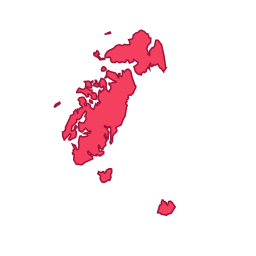 Prince of Wales-Hyder, United States of America, rotated 67°
{"feature_id": "52423323B55198873775030", "entity_name": "Prince of Wales-Hyder", "entity_type": "district", "adm_level": 2, "iso_a3": "USA", "parent_name": "United States of America", "parent_adm1": "", "projection": "robinson", "projection_center": [-133.066, 55.883], "detail": "fine", "context": "isolated", "style": "filled", "palette": "rose", "viewbox_px": 256, "rotation_deg": 67, "n_neighbors": 0, "source": "geoboundaries", "source_scale": "gbopen_adm2", "svg_char_len": 5809}
<svg xmlns="http://www.w3.org/2000/svg" viewBox="0 0 256 256"><g transform="rotate(67 128 128)"><path d="M67.2,123.7L67.9,125.7L71.2,127.3L72.7,129.6L73.2,128.9L73.1,128.0L72.0,127.0L74.5,125.9L78.5,123.0L80.4,120.9L81.2,121.6L80.1,124.4L80.4,126.3L79.3,127.7L79.3,128.1L80.6,128.4L82.4,127.5L84.9,128.2L86.2,130.3L87.4,131.2L86.4,132.0L83.4,132.8L77.9,130.4L75.2,130.6L73.8,131.0L71.9,133.3L74.3,135.9L77.9,137.5L79.0,137.7L80.5,137.1L80.5,136.0L79.7,134.5L80.5,134.1L83.6,135.4L83.1,136.9L84.1,137.7L84.5,139.1L82.1,139.1L82.7,140.3L89.9,144.3L93.4,143.3L94.3,144.5L92.9,144.8L92.8,146.2L95.2,147.1L95.2,147.7L93.1,148.2L97.5,152.5L94.2,154.5L92.1,153.9L89.6,155.2L89.2,156.5L91.1,157.8L90.6,158.7L88.7,158.7L87.8,156.6L87.0,155.9L82.7,156.7L81.8,157.9L81.2,161.0L82.5,162.9L85.2,162.0L86.6,163.2L87.4,163.1L90.2,161.9L91.5,161.9L90.9,164.3L91.8,166.8L91.1,167.2L95.4,168.6L91.7,168.6L90.8,169.1L92.0,171.8L93.7,172.3L94.2,173.9L94.1,176.1L95.6,177.1L102.8,185.2L105.2,186.3L106.3,188.4L106.1,189.8L110.0,191.3L114.1,191.4L110.6,183.7L112.1,183.3L113.1,184.0L113.9,186.0L115.6,187.1L116.6,185.8L116.2,184.2L116.1,180.1L115.2,179.0L111.8,177.1L108.9,177.4L108.3,178.0L108.8,179.4L108.8,180.8L107.8,180.9L104.2,178.5L104.4,178.0L102.4,172.8L100.1,172.0L99.9,171.4L101.1,170.4L101.1,169.8L100.2,167.2L97.7,164.3L95.8,160.8L96.4,160.1L98.9,160.9L99.0,161.8L100.4,163.2L101.4,162.6L103.4,163.0L105.1,165.1L106.1,167.4L104.4,169.7L103.5,170.0L104.2,171.6L111.1,174.1L113.4,172.6L113.7,171.5L111.6,166.9L115.7,165.9L116.0,164.8L115.6,164.2L116.4,163.5L117.0,163.8L118.0,165.2L116.2,167.9L115.6,170.1L115.8,171.0L117.4,168.4L119.2,167.9L119.6,168.8L118.3,174.0L116.8,174.3L116.8,175.7L122.0,179.3L124.8,179.9L127.8,181.8L128.3,183.2L127.5,183.6L123.5,183.2L121.0,185.6L126.7,185.5L126.9,187.2L128.7,187.6L129.4,189.0L130.4,189.1L130.5,188.4L131.5,188.1L136.2,190.4L140.9,189.9L143.8,185.1L143.5,182.7L142.8,181.8L142.6,172.4L140.4,172.0L136.1,174.7L134.1,174.4L133.8,173.6L138.1,171.8L140.4,169.4L141.3,167.6L140.3,167.4L140.3,166.4L142.4,165.3L142.9,164.5L142.1,160.4L140.4,159.6L138.8,161.1L138.8,162.3L137.6,163.4L133.4,162.5L132.4,161.5L133.1,161.1L136.0,161.5L137.4,160.3L137.8,159.3L136.7,158.9L135.0,155.0L132.6,154.4L131.2,152.2L125.8,153.0L124.6,151.4L129.4,151.1L130.3,150.7L130.0,150.4L126.8,148.7L125.8,148.8L125.0,147.2L121.6,147.7L120.4,146.8L118.4,148.9L117.0,149.0L116.8,148.6L120.2,145.2L119.4,144.4L120.6,143.8L131.6,148.2L134.5,150.3L135.9,150.0L135.8,149.4L134.0,147.4L129.4,145.2L128.3,143.7L127.0,140.1L126.0,139.2L122.8,138.8L122.4,133.1L117.4,128.2L116.3,126.4L107.3,120.5L107.0,119.9L105.5,120.1L104.9,120.7L103.7,120.0L103.5,118.6L102.2,118.6L101.6,118.0L101.1,116.1L98.4,115.3L98.2,113.9L99.0,112.2L97.5,108.9L96.8,108.7L94.0,105.2L92.6,104.4L91.1,104.9L83.6,104.5L76.9,103.4L75.2,103.9L74.4,104.9L73.9,104.8L73.6,105.6L73.8,107.1L75.0,109.5L73.2,110.2L72.9,110.8L75.8,111.8L78.2,113.5L76.9,115.1L74.7,114.1L74.3,115.1L74.8,116.2L78.1,116.8L77.8,117.4L72.7,117.9L68.8,122.7L67.2,123.7ZM87.4,69.1L86.7,69.6L75.8,66.7L64.7,64.6L59.7,65.8L58.7,66.4L58.1,68.2L63.3,71.7L64.0,73.5L63.4,74.1L65.3,77.7L69.5,79.7L68.1,80.9L66.8,79.9L62.3,79.8L59.8,77.4L58.1,73.7L54.1,71.9L53.8,73.1L49.1,73.0L48.0,74.5L45.7,75.2L43.2,77.6L43.0,78.9L43.9,81.7L43.6,83.6L44.6,86.9L46.9,88.2L47.7,89.5L46.9,92.9L50.1,92.8L51.8,94.1L50.8,97.0L49.6,98.6L50.0,101.2L47.9,103.3L47.6,106.7L49.1,110.6L49.2,115.5L50.2,118.3L52.0,120.6L54.1,121.5L55.2,119.4L55.4,117.6L56.2,116.8L59.9,117.5L61.4,117.0L62.7,114.2L62.2,112.4L64.7,110.2L64.9,107.4L66.6,105.1L66.1,103.5L65.1,102.8L65.4,101.4L68.8,101.3L69.0,97.3L67.2,96.0L71.6,93.1L73.1,94.5L73.9,98.7L78.9,99.1L81.9,98.1L83.8,96.0L83.4,95.7L84.2,94.9L82.9,93.9L82.4,91.9L83.4,91.0L83.1,89.2L81.3,88.2L80.9,86.9L80.0,85.9L82.4,85.2L80.2,84.7L77.7,83.0L77.3,82.1L78.1,82.0L79.2,82.8L80.6,82.7L80.6,80.4L79.6,80.0L81.0,78.0L80.5,75.8L85.4,75.1L85.9,74.5L90.3,73.2L89.6,72.7L87.4,69.1ZM217.5,133.9L218.6,131.9L220.3,131.1L223.4,126.6L222.9,126.4L223.3,121.4L219.1,115.4L212.9,116.7L211.9,117.6L211.6,119.3L214.5,121.8L212.8,122.6L211.7,121.9L210.2,122.8L210.4,123.4L207.8,124.0L207.6,124.7L210.0,126.8L210.9,126.5L211.8,127.7L211.4,128.7L211.7,129.2L217.5,133.9ZM68.2,150.0L70.3,149.3L74.5,151.6L75.1,153.2L74.6,155.1L72.3,157.2L72.2,157.8L74.5,160.9L75.4,161.4L76.9,157.0L80.2,154.7L83.4,153.8L83.5,151.9L81.5,151.8L81.2,151.1L83.1,149.6L84.4,149.2L85.9,150.2L88.1,148.7L89.1,146.6L89.0,146.0L86.5,144.2L83.7,144.2L82.5,145.1L82.0,146.2L82.4,146.9L80.9,147.2L79.1,146.3L78.3,148.3L75.3,150.1L74.4,150.0L74.2,149.4L74.7,148.3L76.4,147.5L76.7,145.8L75.4,145.2L70.6,144.8L69.5,145.9L68.2,150.0ZM156.6,172.0L158.3,173.7L161.3,171.9L163.3,173.4L167.2,173.3L168.6,171.7L168.8,170.4L168.2,165.8L169.1,165.3L166.8,162.9L164.1,162.3L163.2,160.7L159.6,159.1L158.8,159.6L158.1,161.4L158.5,164.5L160.6,166.4L160.2,167.4L158.7,167.4L158.2,168.3L158.9,169.3L157.6,171.3L156.6,172.0ZM44.7,126.4L46.7,128.6L45.5,129.3L45.6,130.0L46.8,130.8L48.1,130.7L51.2,128.2L54.4,127.1L55.6,122.6L54.7,122.5L54.0,124.3L54.1,125.2L53.5,125.9L48.9,127.4L48.8,125.5L45.9,125.6L44.7,126.4ZM62.0,126.3L61.9,127.2L62.6,128.6L64.0,129.8L65.4,129.7L66.2,127.7L65.7,125.4L65.3,125.1L64.1,125.1L62.0,126.3ZM73.7,141.3L73.8,142.1L75.1,143.5L78.3,140.3L78.2,138.9L75.2,137.5L75.0,140.3L73.7,141.3ZM77.5,180.9L78.0,185.5L79.7,187.5L80.2,186.8L79.5,184.4L79.4,182.5L78.7,180.9L77.5,180.9ZM88.6,150.7L87.3,152.3L88.1,153.0L88.9,152.9L90.4,152.5L91.2,151.0L90.7,150.5L88.6,150.7ZM105.3,175.2L106.4,176.9L107.4,177.4L108.0,176.7L107.7,175.6L108.0,175.0L106.7,174.3L105.3,175.2ZM32.6,112.9L33.9,107.9L33.9,107.0L32.6,107.0L32.6,112.9ZM71.5,138.8L71.3,139.5L73.2,139.9L73.6,138.7L73.3,138.3L71.5,138.8ZM70.8,142.4L71.3,143.6L72.2,143.5L71.3,141.9L70.8,142.4Z" fill="#f43f5e" stroke="#9f1239" stroke-width="1.5"/></g></svg>